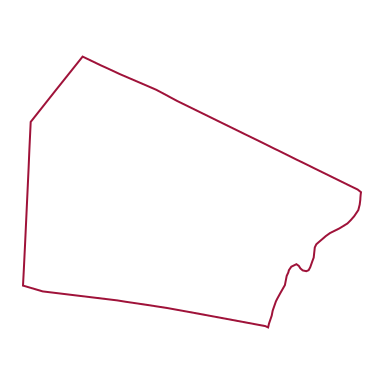 the district of Buriti, Maranhão, Brazil
{"feature_id": "56859067B91563835900572", "entity_name": "Buriti", "entity_type": "district", "adm_level": 2, "iso_a3": "BRA", "parent_name": "Brazil", "parent_adm1": "Maranhão", "projection": "orthographic", "projection_center": [-42.895, -3.884], "detail": "fine", "context": "isolated", "style": "outline", "palette": "rose", "viewbox_px": 384, "rotation_deg": 0, "n_neighbors": 0, "source": "geoboundaries", "source_scale": "gbopen_adm2", "svg_char_len": 925}
<svg xmlns="http://www.w3.org/2000/svg" viewBox="0 0 384 384"><path d="M82.6,56.6L55.4,90.7L30.7,121.9L29.4,149.2L28.6,168.1L25.1,243.4L23.8,270.1L23.0,285.6L42.7,291.4L75.8,295.4L117.3,300.4L125.9,301.8L147.6,305.0L167.7,308.1L200.1,314.0L265.3,326.1L268.1,327.4L269.0,323.6L271.7,315.7L272.7,310.6L275.9,301.4L277.2,298.8L280.6,292.6L284.9,285.1L286.7,275.9L288.3,272.5L288.9,270.2L291.3,266.7L296.4,264.2L298.8,265.9L300.4,268.4L302.7,270.4L306.3,271.2L308.6,270.2L310.2,267.3L312.5,260.8L313.7,257.6L314.8,247.4L316.3,244.3L318.1,242.7L325.9,236.0L330.1,233.0L339.4,228.4L347.4,223.5L350.7,220.2L354.2,216.2L358.3,210.1L359.7,204.6L360.3,199.8L360.4,197.7L360.7,194.3L361.0,192.2L357.6,189.5L350.1,185.9L315.3,168.8L304.2,163.3L296.5,159.6L277.4,150.1L274.8,148.9L271.6,147.3L263.8,143.4L244.7,134.1L177.4,101.1L156.3,89.8L119.8,74.1L105.4,67.4L100.7,65.3L82.6,56.6Z" fill="none" stroke="#9f1239" stroke-width="2"/></svg>